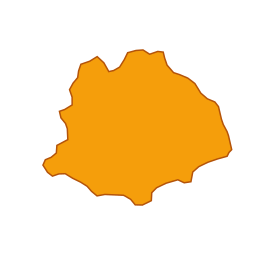 Asan-si, South Chungcheong, South Korea (Mercator projection), rotated 71°
{"feature_id": "91817680B56248521536513", "entity_name": "Asan-si", "entity_type": "district", "adm_level": 2, "iso_a3": "KOR", "parent_name": "South Korea", "parent_adm1": "South Chungcheong", "projection": "mercator", "projection_center": [126.979, 36.786], "detail": "fine", "context": "isolated", "style": "filled", "palette": "amber", "viewbox_px": 256, "rotation_deg": 71, "n_neighbors": 0, "source": "geoboundaries", "source_scale": "gbopen_adm2", "svg_char_len": 1024}
<svg xmlns="http://www.w3.org/2000/svg" viewBox="0 0 256 256"><g transform="rotate(71 128 128)"><path d="M182.2,37.0L168.0,35.5L163.7,35.5L155.7,36.8L150.1,36.8L137.2,35.5L131.7,37.4L126.2,43.5L118.8,47.8L107.7,50.3L100.3,55.2L94.2,62.0L90.5,66.9L81.3,70.6L73.9,70.6L67.7,70.0L65.3,74.9L65.3,83.5L59.1,88.4L57.3,95.2L56.7,103.8L62.2,109.3L67.7,116.1L69.0,122.9L68.4,127.8L58.5,129.6L50.5,133.9L50.8,135.4L52.4,142.5L52.4,151.8L57.9,156.1L64.0,159.2L67.7,165.3L72.7,170.8L80.6,170.8L88.0,173.3L89.9,181.9L89.9,187.4L96.6,188.1L103.4,185.6L108.9,185.6L119.4,188.7L121.3,200.9L128.3,203.9L130.7,210.2L131.1,216.5L135.4,220.5L143.7,218.5L148.9,215.1L148.9,208.3L150.8,202.2L157.5,196.7L163.7,190.5L169.8,185.6L176.0,183.1L182.1,179.4L183.3,171.5L190.1,154.2L191.3,153.0L196.3,148.7L203.0,146.2L205.5,139.5L204.3,129.6L196.9,126.6L193.8,120.4L192.6,110.0L193.2,97.7L198.1,92.7L199.3,86.0L190.7,81.1L187.6,73.7L186.4,63.8L186.4,53.4L187.0,43.5L184.0,40.5L182.2,37.0Z" fill="#f59e0b" stroke="#b45309" stroke-width="1.5"/></g></svg>